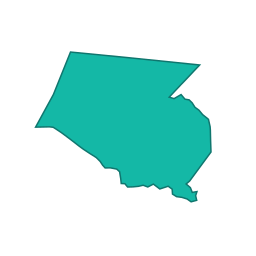 the district of Nazaré da Mata, Pernambuco, Brazil, rotated 72°
{"feature_id": "56859067B75061045492706", "entity_name": "Nazaré da Mata", "entity_type": "district", "adm_level": 2, "iso_a3": "BRA", "parent_name": "Brazil", "parent_adm1": "Pernambuco", "projection": "robinson", "projection_center": [-35.207, -7.742], "detail": "fine", "context": "isolated", "style": "filled", "palette": "teal", "viewbox_px": 256, "rotation_deg": 72, "n_neighbors": 0, "source": "geoboundaries", "source_scale": "gbopen_adm2", "svg_char_len": 890}
<svg xmlns="http://www.w3.org/2000/svg" viewBox="0 0 256 256"><g transform="rotate(72 128 128)"><path d="M90.2,40.4L63.1,101.7L46.0,140.8L38.0,159.2L73.1,188.6L98.6,215.6L99.9,211.4L102.6,202.4L104.2,198.9L107.0,196.6L111.4,193.1L120.1,186.9L130.1,180.1L134.4,177.0L140.3,172.3L146.3,167.3L151.2,164.8L155.6,163.6L158.9,162.1L160.4,157.2L163.6,151.4L167.0,149.5L174.1,150.6L178.7,151.6L180.0,148.2L184.0,146.6L185.5,141.5L186.7,136.1L187.1,131.3L190.2,127.4L189.2,121.2L195.8,116.6L195.8,107.8L199.8,104.9L204.6,106.1L208.3,103.0L210.6,98.2L213.8,93.7L217.7,90.8L218.0,85.0L213.3,84.6L209.8,82.1L209.1,86.8L204.0,87.1L199.2,90.0L197.5,85.8L176.5,56.5L165.4,53.3L155.4,50.3L152.1,49.5L144.6,48.8L138.3,52.9L133.0,55.0L129.0,57.9L123.9,59.2L120.1,61.2L118.2,64.9L112.6,67.2L114.3,75.1L111.4,79.3L103.2,64.4L100.9,60.0L90.2,40.4Z" fill="#14b8a6" stroke="#0f766e" stroke-width="1.5"/></g></svg>